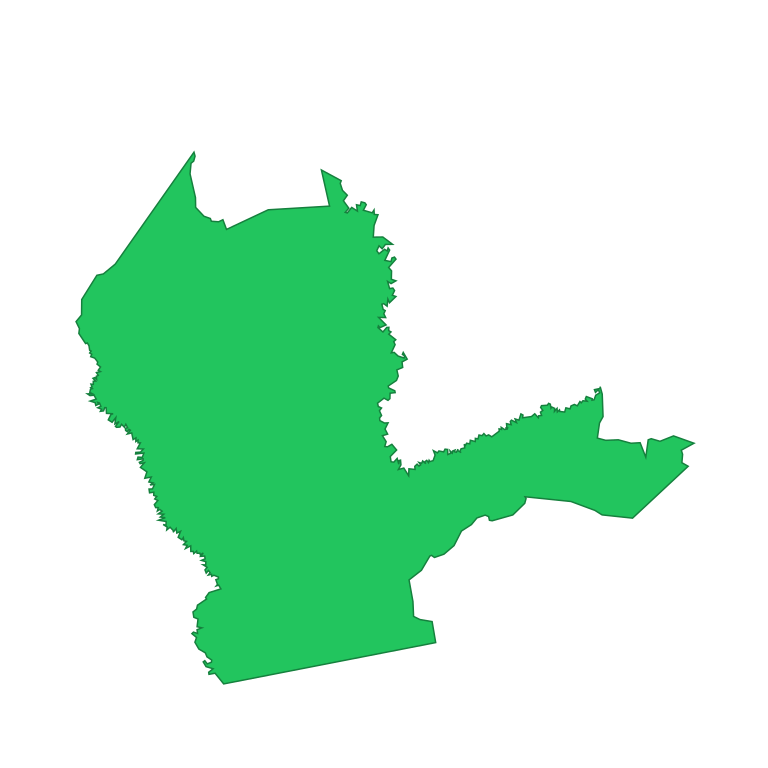 outline of El Paso, Cesar, Colombia, rotated 349°
{"feature_id": "7082276B67195884922096", "entity_name": "El Paso", "entity_type": "district", "adm_level": 2, "iso_a3": "COL", "parent_name": "Colombia", "parent_adm1": "Cesar", "projection": "mercator", "projection_center": [-73.703, 9.704], "detail": "fine", "context": "isolated", "style": "filled", "palette": "green", "viewbox_px": 768, "rotation_deg": 349, "n_neighbors": 0, "source": "geoboundaries", "source_scale": "gbopen_adm2", "svg_char_len": 6147}
<svg xmlns="http://www.w3.org/2000/svg" viewBox="0 0 768 768"><g transform="rotate(349 384 384)"><path d="M404.9,305.3L412.4,300.4L409.1,298.5L412.2,294.3L411.0,291.5L407.7,291.4L407.1,284.0L410.1,286.8L415.4,285.0L411.2,282.6L413.0,274.4L410.8,270.5L419.6,263.7L418.5,261.4L415.8,261.8L414.2,265.2L408.4,262.8L415.1,253.6L414.0,251.2L412.5,254.0L410.3,251.9L403.9,255.2L402.3,251.8L405.5,247.4L408.0,250.9L412.0,247.3L419.0,248.5L410.9,239.5L401.5,237.8L404.5,226.5L410.4,216.7L406.8,215.7L407.4,211.3L405.1,213.7L396.9,209.5L400.8,204.6L399.8,202.5L396.4,200.9L394.7,204.3L391.2,202.8L390.9,209.2L386.0,204.5L380.6,209.1L378.7,208.1L383.0,204.7L379.1,196.4L384.0,191.7L380.2,186.0L379.3,178.7L380.8,176.3L363.4,162.0L364.5,199.0L303.6,190.9L258.9,202.2L257.2,192.0L252.6,193.2L245.6,191.3L245.1,188.4L239.3,185.0L232.8,174.7L234.5,165.1L233.7,140.7L236.7,130.5L239.7,128.9L242.0,124.3L241.7,120.2L143.1,215.0L129.5,222.4L122.9,222.5L103.4,243.4L100.3,258.5L93.6,264.0L95.6,271.5L94.1,276.2L98.8,287.4L100.6,287.1L101.7,290.1L101.5,294.7L102.8,295.8L101.0,297.4L102.8,299.0L101.3,301.2L105.0,303.4L107.2,307.8L106.1,309.8L109.0,313.2L106.1,316.0L108.0,317.7L103.9,317.9L105.2,321.0L103.1,321.5L102.8,324.4L101.5,322.5L99.4,322.9L101.5,326.1L99.1,325.9L98.6,328.9L96.3,328.2L96.9,331.1L95.4,331.6L96.7,332.9L94.9,333.1L93.6,336.1L95.8,337.9L91.0,337.1L93.2,339.3L97.2,339.7L98.6,343.9L92.3,344.7L96.9,347.2L97.0,350.1L99.8,349.4L99.4,347.4L101.1,348.3L101.8,351.9L98.5,352.7L102.0,354.9L100.4,356.7L103.6,356.9L105.3,353.9L106.7,354.2L106.0,359.9L112.4,361.5L110.0,362.0L106.5,366.6L109.8,369.7L114.3,365.8L112.2,371.9L116.8,370.3L112.3,374.4L113.2,375.5L116.6,375.9L118.7,373.5L120.9,376.9L122.9,374.3L124.0,378.0L121.7,378.1L121.5,380.3L122.8,381.7L125.1,379.9L126.2,381.0L122.5,384.1L127.0,383.9L127.1,390.7L130.2,389.6L129.4,393.1L131.8,392.1L131.3,394.8L133.6,395.3L129.4,400.5L135.4,401.9L132.0,404.4L127.3,403.8L126.8,405.3L135.1,406.0L132.7,409.9L128.6,408.8L127.4,411.2L133.3,411.5L132.9,413.1L128.9,414.2L129.4,415.7L133.7,415.6L129.0,419.4L134.5,425.0L131.2,430.9L137.8,430.9L134.5,435.3L138.4,437.0L135.1,438.5L139.6,438.8L136.7,442.8L133.3,442.3L133.1,446.1L137.4,446.3L136.7,449.4L139.5,451.0L137.0,453.1L139.8,455.2L135.5,458.6L136.3,461.8L138.8,462.3L137.3,465.4L140.0,464.4L141.9,466.5L137.6,468.4L142.9,469.8L139.0,471.9L143.8,473.5L136.7,474.7L143.9,477.4L143.1,481.0L140.4,479.8L143.9,483.1L142.9,485.8L146.7,483.8L149.4,488.0L148.7,489.3L152.4,486.2L152.2,490.8L156.2,489.8L152.7,495.2L155.9,498.4L157.7,496.5L157.7,499.8L160.1,500.8L156.5,503.4L160.0,504.8L157.8,507.6L163.4,506.0L162.4,511.5L164.8,511.9L164.9,514.2L168.2,512.2L168.2,514.5L171.0,515.0L171.1,516.6L174.4,515.4L171.1,518.2L175.1,518.7L175.1,521.5L171.1,522.3L175.2,524.4L174.5,527.6L172.0,527.0L175.4,530.2L172.8,532.3L173.4,535.7L176.1,533.6L177.3,536.0L175.1,538.0L178.4,537.9L178.2,539.9L180.6,539.3L184.6,541.9L184.3,543.6L181.6,544.0L182.3,548.9L180.8,550.2L183.3,549.9L184.8,554.0L172.5,555.4L168.1,559.5L168.8,561.2L158.7,565.5L157.1,569.2L153.0,571.3L152.8,576.7L156.6,579.2L154.2,586.6L158.7,588.6L153.6,589.5L153.4,593.3L149.6,591.2L147.8,592.4L151.6,597.1L149.1,601.4L151.7,608.9L157.3,613.8L158.2,618.1L162.2,622.1L161.5,624.2L157.1,625.0L155.3,621.4L153.5,622.3L155.4,627.5L161.9,630.9L156.9,633.5L156.8,635.6L163.0,635.7L169.4,647.8L385.4,647.7L385.9,626.4L374.4,622.1L368.7,617.8L370.9,603.1L371.2,581.1L385.2,574.0L396.2,561.6L398.0,561.3L400.4,563.9L410.4,562.5L421.9,556.0L432.0,543.1L443.0,538.7L449.7,533.2L458.3,532.0L461.4,534.1L461.5,537.9L464.1,538.9L485.5,537.1L499.4,528.0L501.6,523.5L500.9,521.6L545.1,535.0L566.9,548.3L573.1,554.1L602.4,563.1L666.9,522.8L661.4,518.1L663.7,510.0L663.2,505.7L677.0,501.3L658.3,490.2L644.0,492.9L635.9,488.7L632.7,489.2L627.0,505.8L624.2,490.5L615.2,489.3L603.4,483.5L590.9,481.6L583.1,477.8L588.1,463.4L592.8,457.8L596.3,435.6L595.7,427.9L595.2,429.6L589.5,429.7L590.0,432.6L593.3,430.5L594.1,433.8L589.7,435.4L587.2,439.6L585.1,439.6L585.6,438.2L580.2,434.9L578.7,437.2L580.1,439.7L576.1,438.4L574.0,440.1L573.0,438.6L569.6,442.3L567.0,440.4L563.4,441.2L561.9,443.9L558.0,442.1L556.0,446.0L551.3,444.5L551.3,442.9L548.8,444.5L549.2,441.0L546.1,443.4L546.9,440.5L544.3,438.6L543.3,439.6L543.4,435.5L541.9,434.4L540.3,436.0L534.5,435.3L533.3,436.9L534.8,440.2L532.2,441.5L532.7,445.0L529.8,444.7L529.0,446.5L526.3,442.0L522.5,444.1L513.6,443.6L514.5,441.0L512.7,439.5L509.6,445.2L506.0,443.3L506.7,447.2L502.2,443.8L500.8,444.9L501.1,448.2L496.7,446.3L496.3,450.0L494.7,450.6L496.9,450.7L496.4,451.8L493.7,451.7L490.8,448.9L490.6,451.0L488.4,450.0L488.1,452.3L479.7,456.4L477.0,453.9L474.3,454.5L472.6,451.7L470.4,453.4L467.5,452.2L465.8,455.8L463.3,454.8L462.6,457.9L458.0,455.7L456.8,459.1L453.8,457.9L451.8,460.2L451.3,458.3L451.1,462.1L447.3,462.3L445.4,464.9L446.7,466.1L443.7,463.4L444.2,462.1L442.0,464.8L440.2,463.9L441.1,462.4L438.5,462.9L437.8,464.8L436.1,462.3L436.2,464.8L433.2,465.4L434.0,460.4L431.5,459.6L429.6,462.0L425.1,460.2L423.4,461.8L419.8,458.9L420.6,463.5L417.6,468.6L414.2,468.9L413.7,467.5L412.6,469.6L411.4,467.1L409.1,468.2L409.8,470.2L407.3,466.9L405.8,469.0L403.3,467.7L404.5,470.4L402.7,471.2L401.2,469.0L398.5,470.7L398.2,473.8L392.3,472.0L390.7,478.7L387.4,470.3L381.8,470.7L385.2,466.6L385.7,461.9L384.2,462.0L383.2,465.6L382.7,459.6L378.7,462.6L376.1,461.7L376.3,456.4L383.8,451.2L380.2,444.7L375.5,446.3L372.8,445.5L375.1,441.0L372.6,434.4L378.0,433.9L376.4,428.4L380.6,422.9L377.0,422.4L372.9,419.1L373.2,416.4L375.6,414.5L374.4,409.4L377.0,407.1L374.1,405.0L374.0,401.6L381.3,397.9L384.8,400.8L387.0,399.5L388.2,394.2L393.3,394.6L393.3,392.7L387.8,388.7L387.7,386.8L396.9,382.9L399.5,378.9L399.3,372.6L405.5,371.3L405.9,365.8L411.5,364.0L408.9,356.7L407.7,358.5L409.6,360.3L408.7,362.3L403.2,359.3L400.0,354.9L397.1,354.8L402.4,347.5L401.6,344.3L404.0,342.8L398.2,336.0L400.8,334.2L398.8,332.5L399.6,329.3L397.5,329.0L392.9,332.7L388.8,327.5L389.6,325.9L390.9,327.9L397.3,326.4L391.4,317.6L398.3,319.1L397.2,315.0L399.2,312.2L397.4,310.6L397.1,305.3L399.1,305.1L401.9,308.2L404.0,301.4L404.9,305.3Z" fill="#22c55e" stroke="#15803d" stroke-width="1.5"/></g></svg>